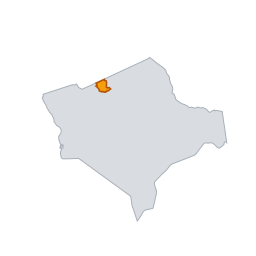 location of Kajiado Central, Rift Valley, Kenya, rotated 126°
{"feature_id": "3690345B79073906522262", "entity_name": "Kajiado Central", "entity_type": "district", "adm_level": 2, "iso_a3": "KEN", "parent_name": "Kenya", "parent_adm1": "Rift Valley", "projection": "albers", "projection_center": [36.936, -2.176], "detail": "fine", "context": "in_parent", "style": "filled", "palette": "amber", "viewbox_px": 256, "rotation_deg": 126, "n_neighbors": 0, "source": "geoboundaries", "source_scale": "gbopen_adm2", "svg_char_len": 4343}
<svg xmlns="http://www.w3.org/2000/svg" viewBox="0 0 256 256"><g transform="rotate(126 128 128)"><path d="M58.3,152.2L58.2,149.3L58.6,141.7L58.5,135.1L58.9,131.8L60.5,129.6L61.3,128.1L61.8,126.0L62.7,124.2L64.6,122.8L65.0,122.0L67.0,119.7L68.3,116.6L69.2,115.6L70.4,114.6L71.2,114.1L72.5,113.6L73.6,113.3L73.8,113.1L73.9,112.6L73.5,110.7L74.0,110.1L74.7,108.8L75.5,107.7L76.3,106.9L76.7,106.2L76.9,104.8L76.9,103.9L76.9,102.4L76.7,98.9L75.8,96.0L75.2,92.7L75.6,91.6L74.9,89.7L74.6,89.6L74.0,89.2L73.3,87.4L72.8,85.8L72.4,85.3L70.1,83.9L68.9,80.5L67.6,79.8L66.9,76.4L66.7,75.5L67.5,72.1L67.4,71.3L66.6,70.6L64.4,69.9L62.6,68.5L62.9,68.1L63.0,67.6L62.0,67.2L59.3,61.5L62.8,58.1L66.4,54.6L70.9,50.1L75.1,46.1L78.7,42.6L81.9,39.5L81.8,40.1L81.8,40.9L82.2,41.3L82.9,41.7L83.8,41.3L84.6,40.8L85.4,40.7L90.3,42.0L91.1,43.2L91.0,44.4L91.2,45.3L90.9,46.1L90.5,48.8L90.6,51.3L92.0,53.1L93.3,54.5L94.4,56.5L95.1,57.2L96.2,57.5L99.5,57.6L104.4,57.7L109.2,57.8L109.6,57.9L110.6,58.1L115.0,60.8L119.0,63.3L122.3,65.5L125.6,67.6L128.8,69.6L131.3,71.3L133.7,71.9L137.7,72.1L140.4,72.2L143.0,72.9L146.7,73.6L149.5,73.9L151.2,74.3L155.9,74.7L156.7,74.5L158.8,72.6L161.1,69.6L162.0,67.9L165.1,66.2L170.3,63.9L174.1,62.3L178.2,60.6L180.1,62.1L182.7,64.4L183.8,65.5L184.8,66.0L186.2,66.4L187.9,66.4L188.8,66.3L190.8,66.0L195.2,65.8L197.8,65.8L195.6,68.9L193.0,72.5L188.3,79.2L184.6,82.8L181.9,85.4L181.6,85.9L181.6,88.9L181.6,96.2L181.6,110.9L181.6,125.5L181.6,140.2L181.6,147.5L181.6,150.0L184.0,153.1L186.4,156.1L189.4,160.1L191.1,162.3L191.3,163.0L191.3,164.4L188.7,167.4L186.6,168.7L183.8,169.4L183.0,169.2L181.9,168.8L181.4,169.5L181.1,170.6L180.5,170.4L180.0,170.1L180.3,172.1L180.6,173.0L180.2,174.4L178.8,175.5L178.7,176.5L175.7,179.1L171.5,179.3L169.3,180.6L168.4,181.6L167.6,183.9L167.9,187.4L166.7,190.1L166.5,191.4L164.3,193.2L163.4,194.8L162.7,196.4L162.0,197.1L161.3,200.7L160.3,203.0L160.0,203.7L159.8,204.4L159.0,205.7L158.5,206.5L158.1,207.1L155.6,212.8L153.6,215.4L152.0,215.1L151.0,216.1L150.9,216.5L150.3,216.3L149.0,215.3L146.4,213.4L143.7,211.5L141.0,209.5L138.4,207.6L135.7,205.7L133.0,203.7L130.4,201.8L127.7,199.9L126.1,198.7L125.4,198.1L124.9,196.7L124.6,196.4L123.9,196.0L123.1,195.9L122.8,195.7L122.9,195.0L123.1,194.1L124.1,192.3L124.2,191.3L124.0,190.1L123.7,188.2L123.5,187.8L121.7,186.8L118.0,184.7L114.3,182.6L110.6,180.6L106.9,178.5L103.1,176.4L99.4,174.3L95.7,172.3L92.0,170.2L88.3,168.1L84.6,166.1L80.8,164.0L77.1,161.9L73.4,159.9L69.7,157.8L66.0,155.7L62.3,153.7L60.9,152.9L59.6,152.2L58.3,152.2ZM181.8,172.4L181.2,172.6L181.5,171.6L183.4,170.3L184.2,170.6L184.4,170.9L184.3,171.2L184.0,171.4L181.8,172.4Z" fill="#d9dde1" stroke="#a8b0b8" stroke-width="1"/><path d="M109.2,165.6L108.3,165.5L108.1,165.5L107.3,165.4L107.2,165.3L106.9,165.2L106.6,165.0L106.5,165.4L106.3,166.5L106.4,167.1L107.1,167.8L107.3,168.0L107.6,168.1L107.7,168.3L107.8,168.4L107.8,168.5L107.7,168.7L107.7,168.8L107.6,169.0L107.7,169.4L107.5,169.5L107.4,169.5L107.1,169.7L107.0,169.8L106.8,170.0L106.7,170.0L105.9,170.7L103.8,172.0L103.7,172.1L103.6,172.3L103.4,172.5L103.2,172.7L103.2,172.8L103.0,173.0L102.9,173.1L102.7,173.4L102.6,173.5L102.6,173.9L103.4,174.9L102.6,175.7L106.6,178.0L107.1,178.3L107.9,178.7L110.5,180.2L110.8,179.3L110.8,179.2L111.0,179.2L111.4,178.8L111.4,178.7L111.5,178.6L111.6,178.4L111.8,178.0L111.9,177.9L112.0,177.9L112.2,177.7L112.2,177.8L112.3,177.9L112.4,178.1L112.6,178.3L112.8,178.5L113.0,178.6L113.0,178.4L113.0,177.9L113.1,177.3L113.1,177.1L113.2,176.8L113.2,176.6L113.5,175.1L113.7,174.5L113.8,174.2L113.9,173.9L114.0,173.8L114.0,173.7L114.3,173.4L114.5,173.3L114.7,173.2L114.8,173.1L115.0,173.0L115.2,172.9L115.4,172.8L115.5,172.8L115.4,172.8L115.2,172.8L115.1,172.7L114.9,172.7L114.9,172.4L114.8,172.2L114.7,172.0L114.7,171.9L114.5,171.7L114.4,171.4L114.2,171.3L114.2,171.2L114.1,170.9L114.2,170.7L114.2,170.4L113.9,170.3L113.7,170.3L113.7,170.2L113.5,169.9L113.5,169.7L113.4,169.7L113.2,169.5L113.1,169.4L113.0,169.2L113.1,168.9L112.9,168.8L112.9,168.7L112.8,168.4L112.8,168.2L112.8,167.9L112.7,167.8L112.6,167.7L112.6,167.8L112.6,167.7L112.4,167.6L112.2,167.5L112.1,167.4L111.9,167.4L111.9,167.2L111.7,167.1L111.4,167.1L111.2,167.1L110.9,167.0L110.9,166.9L110.7,166.8L110.7,166.7L110.4,166.5L110.2,166.6L109.9,166.5L109.7,166.4L109.3,165.9L109.2,165.6Z" fill="#f59e0b" stroke="#b45309" stroke-width="1.5"/></g></svg>